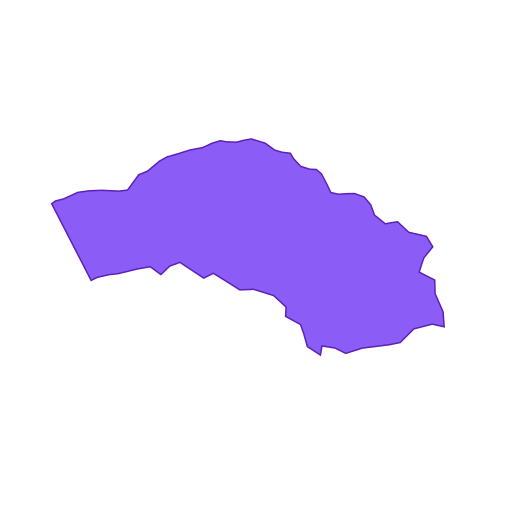 outline of Prastio Lefkosias, Cyprus, rotated 311°
{"feature_id": "46923920B44664776517554", "entity_name": "Prastio Lefkosias", "entity_type": "district", "adm_level": 2, "iso_a3": "CYP", "parent_name": "Cyprus", "parent_adm1": "", "projection": "albers", "projection_center": [32.934, 35.176], "detail": "fine", "context": "isolated", "style": "filled", "palette": "violet", "viewbox_px": 512, "rotation_deg": 311, "n_neighbors": 0, "source": "geoboundaries", "source_scale": "gbopen_adm2", "svg_char_len": 1125}
<svg xmlns="http://www.w3.org/2000/svg" viewBox="0 0 512 512"><g transform="rotate(311 256 256)"><path d="M326.0,444.5L336.6,433.8L345.1,415.8L355.1,406.7L350.9,389.7L364.6,383.9L378.9,383.4L382.6,371.7L374.1,355.7L374.7,340.3L365.1,332.4L364.6,318.6L369.9,309.0L371.5,298.9L367.8,289.4L362.5,283.5L356.7,277.7L353.0,270.8L356.7,262.3L360.9,251.7L360.9,244.8L356.7,239.5L353.0,231.0L354.0,220.9L356.1,214.5L351.4,207.6L348.2,200.7L347.2,189.0L341.3,175.7L335.5,171.0L329.2,166.7L322.6,158.6L319.7,153.5L312.2,148.8L302.9,144.7L292.7,136.6L282.7,130.5L272.5,123.9L264.2,120.9L249.8,118.6L248.8,118.4L240.4,114.2L221.4,115.8L215.0,109.9L204.5,96.6L195.5,87.1L187.0,79.7L172.8,73.3L165.9,68.5L161.4,67.5L129.4,147.6L135.7,150.2L145.3,157.2L152.7,163.9L168.0,174.7L178.5,183.2L179.6,196.4L191.8,197.5L201.3,202.8L205.0,231.0L215.0,235.2L217.7,252.2L219.8,266.0L229.3,276.1L237.7,295.2L237.2,312.2L229.8,318.0L233.5,334.5L228.7,343.0L221.3,354.2L223.5,369.6L231.4,364.8L238.3,375.9L241.4,387.6L256.2,396.6L276.3,414.7L285.3,421.6L304.5,422.9L320.2,433.7L326.0,444.5Z" fill="#8b5cf6" stroke="#5b21b6" stroke-width="1.5"/></g></svg>